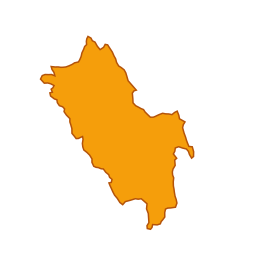 Boa Vista das Missões, Rio Grande do Sul, Brazil (Equal Earth projection), rotated 331°
{"feature_id": "56859067B43366987034812", "entity_name": "Boa Vista das Missões", "entity_type": "district", "adm_level": 2, "iso_a3": "BRA", "parent_name": "Brazil", "parent_adm1": "Rio Grande do Sul", "projection": "equal_earth", "projection_center": [-53.341, -27.704], "detail": "fine", "context": "isolated", "style": "filled", "palette": "amber", "viewbox_px": 256, "rotation_deg": 331, "n_neighbors": 0, "source": "geoboundaries", "source_scale": "gbopen_adm2", "svg_char_len": 2228}
<svg xmlns="http://www.w3.org/2000/svg" viewBox="0 0 256 256"><g transform="rotate(331 128 128)"><path d="M179.2,137.1L176.3,137.0L172.9,137.6L170.5,135.5L167.8,133.9L165.4,131.9L161.9,131.4L159.6,131.2L157.5,131.1L155.3,130.8L152.8,129.4L151.7,125.8L150.7,122.3L150.5,119.4L148.8,117.3L147.3,114.9L145.5,112.2L144.6,108.4L146.4,104.8L148.7,99.6L151.3,98.4L153.6,98.9L151.0,86.7L152.0,82.4L152.8,78.7L152.8,75.2L151.4,71.9L149.9,69.2L149.8,65.1L150.7,61.6L150.7,58.1L151.1,54.0L150.7,48.6L150.5,45.4L148.6,43.8L145.8,45.6L141.6,45.9L140.8,41.6L140.8,36.9L139.1,34.4L139.2,31.4L137.4,28.5L135.2,30.0L133.6,32.0L132.2,35.0L129.6,35.7L127.3,37.7L124.1,40.0L121.7,42.7L118.9,44.9L116.7,46.2L112.8,45.1L110.0,45.3L106.4,45.0L103.3,44.5L100.9,43.5L98.7,42.4L96.5,40.7L93.8,39.3L90.6,37.0L89.9,40.0L90.2,43.5L89.3,46.9L87.0,44.1L84.4,42.8L81.4,41.0L78.4,40.6L75.2,42.8L76.5,48.2L79.6,49.7L81.8,51.8L83.9,55.0L81.9,56.4L79.6,56.8L79.2,60.0L76.7,59.4L75.8,62.5L77.7,66.9L79.5,68.8L78.5,71.6L78.8,75.2L81.1,77.7L81.8,80.5L80.0,82.7L80.4,86.9L81.7,91.6L80.1,94.5L79.5,97.6L78.6,101.4L76.4,105.5L77.1,109.3L77.5,112.1L79.5,113.1L81.8,113.2L84.1,113.4L83.2,116.1L80.6,119.4L79.3,122.6L78.7,125.8L80.3,129.6L81.3,133.1L81.5,137.6L79.8,140.6L79.5,144.9L81.0,146.9L82.9,148.3L84.7,150.6L86.6,151.9L87.1,156.0L88.5,159.5L88.0,162.2L89.1,165.2L87.0,167.5L84.7,166.8L84.3,170.1L84.1,173.1L83.8,176.3L83.7,180.2L84.5,184.3L84.8,189.3L86.2,192.5L90.0,191.1L94.8,192.3L100.1,193.4L102.4,195.2L105.3,196.3L106.3,199.0L107.9,203.5L105.0,207.7L104.3,212.6L100.4,220.9L97.2,222.7L96.1,225.3L98.6,227.5L100.8,226.6L102.7,224.4L106.6,226.9L109.8,227.5L111.7,225.9L113.9,225.1L117.0,223.7L119.1,219.8L121.5,217.1L123.9,217.3L126.6,218.6L131.1,220.3L134.4,217.4L135.5,213.8L136.1,210.4L137.4,206.7L138.6,203.7L139.6,200.7L141.5,197.0L143.8,193.8L144.2,190.8L145.5,187.9L147.4,185.8L151.1,183.6L153.3,178.7L155.9,178.1L155.1,172.7L157.7,171.0L159.7,168.4L163.2,168.9L166.1,172.1L168.9,174.7L169.5,177.8L168.9,181.0L169.0,185.2L171.5,184.7L173.9,180.6L175.1,175.6L172.3,173.6L172.7,170.4L173.2,167.0L173.9,164.0L174.6,159.5L175.9,154.2L178.0,151.9L180.8,150.3L177.5,144.9L178.6,141.5L179.2,137.1Z" fill="#f59e0b" stroke="#b45309" stroke-width="1.5"/></g></svg>